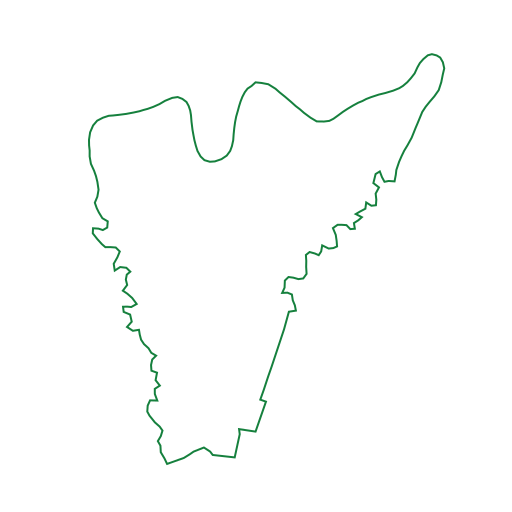 Palmitos, Santa Catarina, Brazil, rotated 184°
{"feature_id": "56859067B46835059259236", "entity_name": "Palmitos", "entity_type": "district", "adm_level": 2, "iso_a3": "BRA", "parent_name": "Brazil", "parent_adm1": "Santa Catarina", "projection": "albers", "projection_center": [-53.188, -27.082], "detail": "fine", "context": "isolated", "style": "outline", "palette": "green", "viewbox_px": 512, "rotation_deg": 184, "n_neighbors": 0, "source": "geoboundaries", "source_scale": "gbopen_adm2", "svg_char_len": 3155}
<svg xmlns="http://www.w3.org/2000/svg" viewBox="0 0 512 512"><g transform="rotate(184 256 256)"><path d="M123.0,340.1L122.2,346.9L122.0,351.6L119.8,360.0L117.7,365.9L115.5,371.4L112.6,377.0L109.0,384.8L107.2,390.3L105.7,395.0L104.2,399.3L102.0,405.9L100.2,411.3L97.1,416.8L93.4,422.1L89.3,427.6L85.3,434.2L83.3,442.3L82.3,450.2L81.3,456.3L83.1,462.3L86.1,466.8L89.8,468.7L94.6,469.6L98.6,468.2L102.8,464.1L106.0,459.9L108.1,455.5L110.5,449.2L113.8,444.3L117.2,439.9L121.3,435.9L124.8,433.4L130.7,430.5L138.4,427.6L144.7,425.6L152.3,422.5L157.0,420.3L160.7,418.0L164.6,416.1L169.5,413.0L174.8,409.3L179.3,405.9L184.1,401.8L188.3,398.3L192.3,395.9L197.5,394.9L204.8,394.5L211.3,397.8L218.2,402.2L222.4,405.4L226.8,408.3L231.8,412.2L238.0,416.8L243.9,420.9L248.2,424.2L255.7,428.2L262.6,429.0L268.6,429.2L272.3,425.3L276.1,422.4L278.6,418.6L280.7,413.8L282.2,409.0L283.3,404.4L284.2,399.8L285.5,393.7L286.2,388.1L286.6,382.3L286.8,375.9L286.8,369.9L287.7,363.8L289.1,359.0L292.2,354.1L297.2,350.2L303.6,347.5L308.6,346.8L314.1,348.0L318.2,351.4L321.7,356.7L323.8,362.1L325.5,367.2L326.8,372.1L328.1,377.2L329.7,385.4L330.7,392.0L331.8,396.6L333.7,401.1L336.1,404.8L340.4,407.6L345.2,409.1L350.6,407.9L357.5,404.5L362.9,400.8L368.9,397.6L374.4,395.2L378.5,393.8L382.3,392.3L388.1,390.6L395.4,388.7L402.9,387.2L408.5,386.2L412.7,385.6L418.3,383.3L423.9,379.9L427.6,374.9L430.1,367.8L430.7,360.3L430.2,354.6L429.3,349.6L428.9,343.7L427.1,336.4L423.5,329.8L421.2,324.5L419.4,318.9L417.7,311.1L418.4,304.1L420.5,297.9L418.2,292.6L415.8,288.5L411.9,283.0L406.3,280.2L406.4,274.0L410.6,271.2L415.0,272.3L420.5,272.3L420.4,267.2L415.6,261.9L410.6,257.1L406.9,254.3L401.9,254.7L396.5,254.7L392.2,251.0L394.2,245.0L397.4,238.3L395.9,231.6L390.7,235.5L384.5,235.2L380.3,231.6L383.6,228.4L384.2,223.4L382.5,218.1L386.4,212.1L381.7,209.4L376.6,205.5L371.7,199.8L376.9,196.4L381.0,196.5L385.1,196.1L384.1,191.0L377.5,188.8L375.4,181.8L379.7,176.2L373.6,172.8L367.6,174.2L366.5,169.5L364.8,164.5L361.6,160.3L356.8,156.5L353.7,152.1L348.7,149.6L352.3,145.5L353.1,139.9L352.3,134.3L346.6,132.7L347.5,125.1L342.9,120.0L347.7,116.4L347.3,111.3L344.4,104.9L351.6,104.6L353.6,99.2L353.6,93.2L351.1,89.3L345.3,83.0L340.2,79.1L337.1,75.3L338.4,69.7L341.0,64.5L338.1,60.1L337.3,53.6L333.2,47.7L330.2,42.4L313.9,49.5L308.2,53.6L304.6,56.5L294.6,61.3L288.1,57.7L285.3,54.5L263.2,53.6L259.8,77.1L260.8,82.1L244.2,80.8L242.0,88.9L235.9,111.4L241.7,113.0L238.9,123.1L235.5,136.5L232.7,146.7L222.9,184.9L219.3,202.7L212.4,204.3L213.8,209.5L216.2,214.3L217.5,220.1L222.1,221.6L227.3,221.0L225.3,226.4L225.5,233.5L222.1,237.3L217.3,237.0L212.1,235.9L207.3,236.9L204.3,241.7L205.2,248.6L205.5,254.6L206.3,260.5L202.8,263.7L197.4,262.6L193.5,261.2L191.3,265.1L190.7,271.2L184.0,268.5L179.4,269.3L175.8,271.2L176.6,276.6L177.9,282.6L181.2,289.2L176.8,292.8L172.8,293.1L167.9,293.1L163.8,289.4L159.3,290.1L160.6,295.7L156.5,298.7L153.1,302.1L159.4,304.8L155.5,307.5L150.2,310.8L149.8,317.1L144.4,314.2L139.9,315.0L139.9,320.6L141.0,326.6L138.1,333.0L144.0,336.9L142.4,346.1L138.4,349.0L135.8,343.4L133.0,339.0L128.9,340.1L123.0,340.1Z" fill="none" stroke="#15803d" stroke-width="2"/></g></svg>